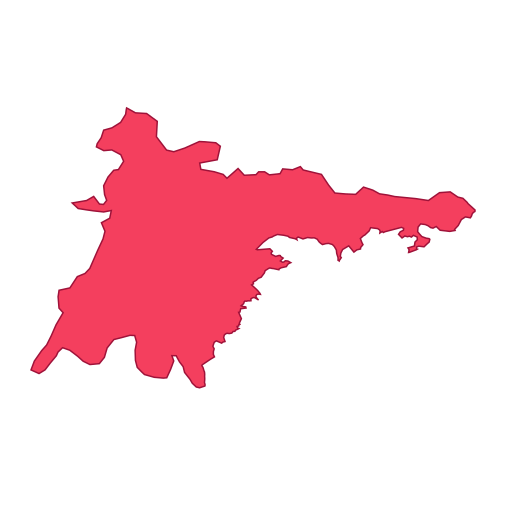 the district of Meladeia, Paphos, Cyprus, rotated 95°
{"feature_id": "46923920B22026130701227", "entity_name": "Meladeia", "entity_type": "district", "adm_level": 2, "iso_a3": "CYP", "parent_name": "Cyprus", "parent_adm1": "Paphos", "projection": "natural_earth1", "projection_center": [32.505, 34.991], "detail": "fine", "context": "isolated", "style": "filled", "palette": "rose", "viewbox_px": 512, "rotation_deg": 95, "n_neighbors": 0, "source": "geoboundaries", "source_scale": "gbopen_adm2", "svg_char_len": 4431}
<svg xmlns="http://www.w3.org/2000/svg" viewBox="0 0 512 512"><g transform="rotate(95 256 256)"><path d="M180.5,54.9L179.7,60.1L175.2,68.1L176.9,78.7L185.7,89.1L184.9,101.9L184.7,123.0L183.8,130.0L183.3,138.4L180.2,145.4L178.0,154.9L185.9,162.1L186.4,172.5L186.4,182.9L179.0,189.9L169.0,197.9L166.2,216.5L163.1,219.6L166.9,227.1L166.9,231.5L166.9,237.0L171.9,239.2L172.6,242.6L174.0,249.8L171.4,254.7L171.9,260.7L175.0,263.1L176.6,274.7L170.4,281.5L181.1,291.7L177.6,295.8L175.7,305.0L174.5,318.5L168.3,320.2L163.5,303.0L149.8,301.1L146.7,305.9L146.7,317.0L146.9,322.4L154.7,336.4L159.3,347.0L158.3,354.3L145.9,365.6L130.5,366.1L126.6,372.5L123.6,377.4L123.9,388.6L120.4,396.3L119.8,397.8L121.6,398.0L126.2,398.2L134.7,402.5L140.9,410.7L143.9,418.7L144.3,418.8L151.6,420.5L158.0,424.0L161.2,424.5L164.3,416.8L162.9,408.9L166.9,399.5L173.2,396.1L181.9,400.6L183.0,405.2L190.2,410.3L199.3,413.9L208.0,412.2L213.6,409.6L217.9,412.4L217.9,416.5L210.8,422.9L215.5,429.6L219.2,443.7L224.2,437.3L224.8,428.8L225.2,421.4L225.4,411.6L223.3,404.1L231.1,405.0L236.3,412.9L244.5,408.6L252.4,409.9L263.9,414.1L282.9,420.5L288.3,424.8L292.1,432.2L304.0,438.6L307.3,449.2L313.8,449.6L325.1,447.7L329.3,443.2L342.0,449.2L353.3,453.0L362.9,456.8L369.0,461.3L376.8,465.8L380.1,467.7L381.3,468.0L389.1,470.2L392.0,461.9L387.8,456.2L380.7,451.7L372.8,446.2L369.0,444.9L364.2,440.7L366.1,433.3L371.5,424.8L375.9,419.0L378.6,412.0L376.9,402.7L370.2,398.2L360.6,396.3L351.6,390.3L348.9,382.5L346.0,374.6L345.8,369.9L352.3,367.4L360.4,368.2L370.5,367.0L377.3,364.6L381.5,359.7L383.8,356.8L385.7,346.8L385.7,337.6L385.1,334.3L376.7,331.3L372.1,330.0L367.7,328.8L362.6,331.1L362.3,326.8L364.5,325.4L368.1,323.0L372.6,318.9L378.2,317.0L384.7,310.9L388.3,308.4L391.7,304.1L392.2,300.7L390.0,295.6L389.8,295.5L388.3,295.6L386.5,296.3L384.0,296.3L382.4,296.4L380.3,296.7L378.2,296.8L376.0,297.2L374.5,298.0L372.3,298.8L371.2,299.4L370.5,300.0L369.8,300.4L369.0,300.0L363.1,292.7L360.1,288.6L357.7,289.9L354.9,290.1L352.1,289.6L349.7,291.1L345.6,290.1L344.0,288.1L345.8,282.6L344.7,281.6L343.9,279.4L340.0,281.1L337.5,280.7L336.2,279.5L335.5,278.1L335.6,275.8L334.9,273.4L333.2,272.3L332.9,270.5L331.5,269.7L330.5,267.8L329.7,266.7L329.3,268.1L327.8,268.7L327.2,267.1L325.9,267.1L325.5,266.1L324.5,266.8L319.7,265.1L313.6,268.4L313.2,267.1L309.9,266.7L308.7,261.4L307.6,261.8L307.4,264.8L306.9,266.5L304.6,264.2L302.5,263.7L301.9,263.1L301.8,261.2L301.3,260.2L301.3,258.8L301.0,257.1L299.2,257.4L297.9,255.8L297.5,254.3L297.9,253.1L299.6,249.6L298.6,250.8L296.8,252.4L295.5,252.5L294.3,251.9L293.7,250.1L293.8,248.3L292.8,248.9L290.4,251.2L289.3,252.5L286.8,255.7L285.2,257.9L283.9,256.1L282.4,256.6L282.0,256.2L280.2,253.6L278.0,251.7L276.7,249.0L272.2,246.2L269.8,245.6L267.3,242.4L266.7,241.2L267.0,238.9L267.0,237.5L267.7,232.0L266.8,231.8L265.6,230.0L263.9,224.8L262.6,224.2L260.9,223.1L259.6,220.8L258.2,223.8L258.2,226.4L259.6,227.8L259.9,229.0L258.8,231.3L255.7,228.8L254.4,231.3L253.5,231.8L253.4,233.0L254.7,236.4L254.1,237.9L253.0,240.7L251.7,241.2L249.9,240.1L249.3,240.8L247.6,242.8L249.7,255.2L249.3,256.3L242.0,250.3L236.9,244.8L235.6,241.5L234.7,240.4L232.7,236.6L232.9,230.4L233.5,225.8L234.6,224.3L235.4,218.4L236.2,216.7L234.9,217.3L233.4,215.7L234.9,210.7L233.1,206.3L233.2,202.4L232.8,199.5L233.9,196.5L236.5,194.3L237.7,192.7L238.8,190.8L237.6,187.5L237.1,184.8L237.9,180.9L239.7,178.8L243.0,176.5L246.5,175.8L250.6,174.1L253.1,173.9L253.7,172.7L253.4,172.7L250.2,170.9L249.0,172.0L245.6,171.7L242.0,170.3L237.8,164.5L243.6,158.8L241.1,156.1L239.9,152.5L238.4,152.5L235.4,150.4L233.5,151.6L229.5,153.6L226.4,150.7L225.6,149.4L221.2,145.5L217.8,144.3L218.1,137.2L219.2,135.2L220.5,134.5L222.3,134.6L220.6,132.4L221.5,131.2L220.6,129.7L214.8,113.6L215.6,111.3L217.5,111.4L219.3,114.4L222.0,115.9L225.3,112.1L223.1,109.5L223.6,106.7L222.9,105.0L223.6,102.8L221.7,101.0L223.1,97.1L225.7,96.7L228.2,98.8L230.5,99.0L232.2,99.0L234.7,105.3L236.5,104.0L239.2,104.3L239.0,103.5L235.8,96.8L235.2,96.0L235.1,96.7L233.0,96.8L232.0,94.7L232.2,89.4L229.0,86.6L227.0,84.7L224.2,84.3L223.6,85.1L223.4,88.0L222.2,92.5L219.7,95.2L217.7,97.1L213.1,97.1L209.7,94.8L209.9,90.1L210.9,87.1L212.5,84.5L212.8,82.1L210.9,79.0L214.3,74.8L214.6,65.1L213.2,59.9L212.2,60.5L208.0,57.2L201.8,54.6L198.8,50.8L199.3,45.8L197.4,44.8L195.2,44.3L193.6,43.2L192.6,41.8L191.1,41.8L185.4,49.3L184.1,50.4L180.5,54.9Z" fill="#f43f5e" stroke="#9f1239" stroke-width="1.5"/></g></svg>